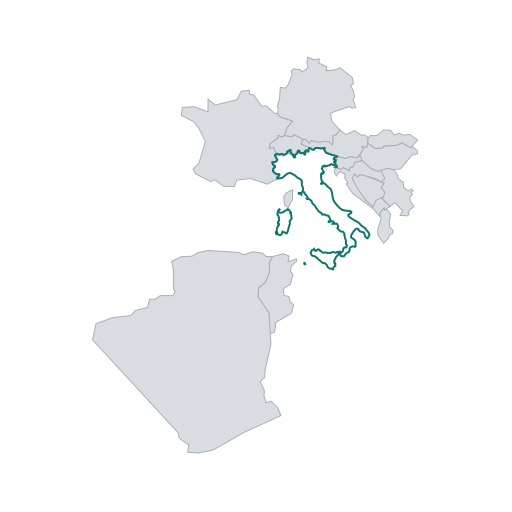 Italy and the surrounding countries, rotated 9°
{"feature_id": "ITA", "entity_name": "Italy", "entity_type": "country or territory", "adm_level": 0, "iso_a3": "ITA", "parent_name": "Europe", "parent_adm1": "", "projection": "natural_earth1", "projection_center": [11.757, 41.885], "detail": "fine", "context": "with_neighbors", "style": "outline", "palette": "teal", "viewbox_px": 512, "rotation_deg": 9, "n_neighbors": 14, "source": "natural_earth", "source_scale": "50m", "svg_char_len": 11652}
<svg xmlns="http://www.w3.org/2000/svg" viewBox="0 0 512 512"><g transform="rotate(9 256 256)"><path d="M254.6,112.0L258.6,114.9L271.2,117.0L266.6,124.6L265.4,132.6L262.9,134.5L258.9,133.5L259.1,136.3L252.5,142.6L252.3,147.7L256.5,146.0L259.5,150.9L259.1,154.1L261.6,158.3L258.4,161.8L260.6,170.6L265.4,172.0L264.3,176.9L256.0,183.3L238.3,180.3L225.1,184.0L223.8,190.8L213.3,192.3L203.3,187.1L199.9,189.6L183.6,184.4L180.2,180.0L185.2,173.2L188.1,150.6L179.6,138.8L173.5,133.1L160.3,128.8L160.0,120.7L171.5,118.3L186.0,121.1L184.1,108.5L192.0,113.3L212.7,104.6L215.7,95.5L223.4,93.3L224.5,97.2L228.5,97.4L238.2,107.1L242.7,106.2L252.1,112.2L254.6,112.0ZM275.9,189.0L281.8,184.7L283.2,194.5L280.2,203.3L276.1,201.0L274.1,193.3L275.9,189.0Z" fill="#d9dde1" stroke="#a8b0b8" stroke-width="1"/><path d="M281.6,330.7L277.7,310.0L264.2,295.7L263.5,287.0L269.4,280.5L271.7,271.0L270.3,260.1L272.2,254.1L282.4,249.5L288.8,250.9L288.5,256.7L296.4,252.5L297.1,254.7L292.4,260.3L292.3,265.6L295.5,268.5L294.3,278.5L288.1,284.3L289.9,290.6L294.7,290.8L297.1,296.3L300.6,298.1L300.1,306.9L286.1,318.4L286.2,328.1L281.6,330.7Z" fill="#d9dde1" stroke="#a8b0b8" stroke-width="1"/><path d="M107.7,364.4L108.6,347.7L124.3,339.2L141.8,334.3L145.7,328.5L156.9,323.9L157.7,315.4L163.2,314.4L167.6,310.1L180.0,308.2L181.9,303.7L179.5,301.2L176.5,282.0L173.3,274.6L182.5,268.3L192.6,266.3L198.6,261.6L207.7,258.1L238.8,255.1L243.5,256.8L252.3,252.3L262.2,252.2L265.9,254.8L272.2,254.1L270.3,260.1L271.7,271.0L269.4,280.5L263.5,287.0L264.2,295.7L277.7,310.0L284.6,340.9L282.8,367.3L283.6,374.6L279.8,379.4L285.4,387.8L285.7,392.8L289.1,399.2L293.7,397.1L301.3,402.5L305.5,409.7L272.3,431.7L244.0,454.3L230.2,459.5L219.3,460.6L219.3,453.3L208.8,448.1L206.6,442.7L107.7,364.4Z" fill="#d9dde1" stroke="#a8b0b8" stroke-width="1"/><path d="M348.7,121.7L348.4,131.5L343.5,131.6L345.2,134.0L340.8,143.1L333.1,143.4L328.6,145.9L308.6,142.2L306.6,138.3L297.9,140.2L296.9,142.3L283.0,138.4L284.1,133.7L286.8,133.0L291.2,136.2L292.5,133.2L300.2,133.7L306.5,131.7L310.8,132.0L313.5,134.3L314.3,132.4L313.0,125.1L316.2,123.7L319.2,118.5L325.8,122.1L333.7,116.7L340.5,120.1L344.6,119.5L348.7,121.7Z" fill="#d9dde1" stroke="#a8b0b8" stroke-width="1"/><path d="M393.7,123.6L398.7,126.7L399.5,129.7L394.2,132.0L385.3,147.2L378.3,149.4L372.7,148.9L362.7,153.5L355.3,151.4L345.7,145.1L343.9,141.3L342.5,141.2L345.2,134.0L343.5,131.6L348.4,131.5L349.0,127.0L356.8,131.0L364.2,129.7L364.8,127.4L377.5,124.7L382.3,121.4L391.9,124.8L393.7,123.6Z" fill="#d9dde1" stroke="#a8b0b8" stroke-width="1"/><path d="M323.2,64.7L325.3,70.3L322.9,73.2L326.1,77.1L328.3,82.9L327.6,86.7L331.3,93.8L327.4,94.9L325.1,93.7L307.3,103.1L309.8,111.1L319.2,118.5L316.2,123.7L313.0,125.1L314.3,132.4L313.5,134.3L310.8,132.0L306.5,131.7L300.2,133.7L292.5,133.2L291.2,136.2L286.8,133.0L284.1,133.7L274.7,130.2L272.9,132.7L265.4,132.6L266.6,124.6L271.2,117.0L258.6,114.9L254.6,112.0L255.2,107.1L253.5,104.6L254.7,97.1L253.6,85.6L258.8,85.6L261.0,81.4L263.4,71.4L261.9,67.7L263.6,65.4L270.7,64.8L272.3,67.2L278.1,61.8L276.2,57.8L275.9,51.6L282.3,53.1L287.7,51.4L287.8,55.6L296.3,58.1L296.2,62.0L304.8,59.9L309.6,57.0L323.2,64.7Z" fill="#d9dde1" stroke="#a8b0b8" stroke-width="1"/><path d="M387.5,209.4L387.5,212.4L384.6,214.1L384.1,217.8L380.0,223.4L373.0,216.2L372.1,210.8L373.8,199.4L371.5,194.0L375.2,188.4L375.9,190.5L378.3,189.5L382.5,193.7L382.2,201.7L383.7,206.6L387.5,209.4Z" fill="#d9dde1" stroke="#a8b0b8" stroke-width="1"/><path d="M345.7,145.1L355.3,151.4L362.7,153.5L366.0,151.8L371.2,159.4L367.9,163.7L363.8,161.2L349.9,159.5L345.8,159.7L343.9,162.1L340.6,159.5L338.8,164.2L356.5,184.5L364.6,188.8L363.7,190.7L341.5,179.0L333.8,170.7L335.6,169.8L331.4,165.1L331.2,161.3L325.5,159.5L322.8,164.4L320.1,160.6L320.6,156.5L326.8,156.8L328.4,154.9L335.0,157.0L334.9,153.8L338.0,152.7L338.7,148.1L345.7,145.1Z" fill="#d9dde1" stroke="#a8b0b8" stroke-width="1"/><path d="M284.1,133.7L283.0,138.4L291.5,140.7L290.8,145.4L286.9,147.3L280.3,145.9L278.4,150.4L274.1,150.8L272.6,149.0L267.6,152.8L263.3,153.3L259.5,150.9L256.5,146.0L252.3,147.7L252.5,142.6L259.1,136.3L258.9,133.5L262.9,134.5L265.4,132.6L272.9,132.7L274.7,130.2L284.1,133.7Z" fill="#d9dde1" stroke="#a8b0b8" stroke-width="1"/><path d="M321.3,145.1L328.6,145.9L333.1,143.4L340.8,143.1L342.5,141.2L343.9,141.3L345.7,145.1L338.7,148.1L338.0,152.7L334.9,153.8L335.0,157.0L328.4,154.9L326.8,156.8L320.6,156.5L322.6,155.4L320.4,150.6L321.3,145.1Z" fill="#d9dde1" stroke="#a8b0b8" stroke-width="1"/><path d="M397.5,116.2L391.9,124.8L382.3,121.4L377.5,124.7L364.8,127.4L364.2,129.7L356.8,131.0L349.0,127.0L348.0,123.1L349.9,119.2L356.7,118.2L362.4,111.6L369.0,110.8L373.6,114.7L378.6,112.4L382.8,113.5L389.0,111.9L397.5,116.2Z" fill="#d9dde1" stroke="#a8b0b8" stroke-width="1"/><path d="M364.6,188.8L356.5,184.5L345.3,173.0L338.8,164.2L340.6,159.5L343.9,162.1L345.8,159.7L349.9,159.5L371.2,163.7L369.1,168.6L373.5,173.0L372.4,178.4L365.8,182.5L364.6,188.8Z" fill="#d9dde1" stroke="#a8b0b8" stroke-width="1"/><path d="M366.0,151.8L372.7,148.9L378.3,149.4L383.3,153.8L384.4,157.4L389.9,160.1L390.8,164.7L396.2,168.0L398.9,165.5L401.1,166.9L399.1,168.8L400.9,170.8L398.8,173.4L399.7,177.5L404.3,182.4L401.0,186.0L399.7,189.6L400.7,190.9L399.3,192.6L392.0,193.4L393.6,188.4L384.7,181.7L379.9,186.9L380.6,186.0L370.3,178.9L372.4,178.4L373.5,173.0L369.1,168.6L371.2,163.7L367.9,163.7L371.2,159.4L366.0,151.8Z" fill="#d9dde1" stroke="#a8b0b8" stroke-width="1"/><path d="M380.6,186.0L375.9,190.5L375.2,188.4L371.5,194.0L372.2,197.6L363.7,190.7L365.8,182.5L370.3,178.9L380.6,186.0Z" fill="#d9dde1" stroke="#a8b0b8" stroke-width="1"/><path d="M261.1,151.7L262.0,152.2L263.8,151.8L265.7,151.1L267.9,151.7L269.7,150.6L269.9,150.2L270.9,149.0L270.9,148.7L270.5,147.9L271.9,147.0L272.5,146.3L273.1,145.8L273.6,145.8L273.8,146.3L273.7,147.6L273.9,148.0L275.5,149.6L277.0,149.9L277.1,150.1L276.7,150.9L277.6,151.7L277.8,152.4L278.2,152.7L278.8,152.6L279.1,152.2L278.6,151.0L278.7,150.6L278.9,150.2L280.5,148.3L280.9,147.6L281.0,145.5L281.4,145.2L282.5,145.4L283.0,146.9L283.4,147.4L284.4,147.5L286.5,146.7L287.0,146.7L287.9,148.1L288.3,148.2L288.7,148.1L288.8,148.0L288.5,146.7L288.3,146.1L288.0,145.8L287.9,145.4L288.4,144.1L289.3,143.8L290.0,144.4L290.8,144.6L291.4,144.6L291.5,144.2L291.5,143.8L291.1,143.3L291.2,142.5L291.6,141.1L293.7,141.3L294.3,141.9L294.9,142.1L296.4,142.1L296.7,141.8L297.0,141.1L297.6,140.3L298.6,139.8L301.1,139.6L303.3,139.7L306.8,138.6L307.0,138.7L307.1,138.9L306.4,139.7L306.7,140.3L307.7,141.4L308.7,142.9L309.5,143.2L315.7,144.4L318.5,144.6L320.4,144.9L320.2,145.6L319.2,146.1L317.7,147.2L317.5,147.9L317.7,148.3L317.9,148.4L318.2,148.3L318.5,148.4L319.8,148.8L319.8,149.0L319.7,149.3L318.5,150.4L318.5,151.0L319.5,151.0L319.3,152.7L319.4,152.9L320.1,153.2L320.6,153.5L321.6,154.4L322.0,155.2L321.7,155.4L321.1,155.5L320.6,155.5L321.2,155.0L319.8,153.4L319.2,153.4L318.3,154.1L316.0,153.4L315.6,153.7L315.3,154.2L314.5,154.9L313.3,155.2L312.1,156.0L309.7,156.9L309.2,156.8L310.1,156.0L309.7,155.9L308.5,156.5L307.8,157.1L307.3,159.4L307.9,159.8L308.8,161.7L310.0,162.5L309.5,163.9L308.8,164.4L308.2,164.0L307.8,164.0L307.5,165.3L308.1,168.6L308.9,170.9L309.7,171.9L311.5,173.5L313.5,174.3L317.0,177.0L318.9,177.9L319.4,178.3L320.6,180.4L321.6,182.8L322.7,186.5L323.5,188.3L325.1,190.4L328.3,193.4L331.3,195.6L334.1,197.0L336.2,197.2L341.3,196.9L342.2,197.0L343.1,197.4L343.4,198.3L343.0,199.0L342.0,199.6L340.9,200.5L340.8,201.8L341.8,202.7L346.8,205.0L351.8,206.9L353.4,207.9L355.2,209.5L359.7,211.6L360.4,212.6L363.1,214.8L364.4,216.5L364.7,217.9L364.1,219.2L363.9,220.2L363.4,221.1L362.3,220.8L361.0,219.8L358.9,215.9L355.4,215.5L354.6,215.2L353.4,214.5L353.3,214.1L353.0,213.5L352.6,213.3L351.3,213.2L350.3,213.8L349.3,215.3L348.0,217.5L346.8,220.7L346.8,222.0L347.5,223.2L349.6,223.9L351.2,225.0L352.3,226.2L352.4,229.0L352.9,230.6L352.2,231.5L350.9,231.2L349.1,231.8L347.8,232.8L347.3,233.8L347.5,236.4L347.2,237.3L344.8,239.2L343.6,241.0L342.8,242.7L339.8,242.7L339.0,241.6L339.0,240.0L339.5,239.0L340.6,238.5L341.3,236.5L341.1,235.0L341.5,234.3L341.9,233.8L344.0,233.3L344.1,231.2L343.1,230.3L342.3,226.5L340.7,223.4L339.8,220.6L339.1,219.2L338.1,218.5L336.4,218.5L335.5,218.3L332.3,216.3L332.1,216.0L332.1,215.5L332.6,214.8L332.3,213.7L331.9,212.7L331.3,211.9L330.6,211.4L328.7,211.9L327.8,211.8L327.1,212.2L326.7,212.2L327.8,210.7L327.5,210.4L326.4,209.8L324.5,209.6L324.3,210.0L324.0,209.8L324.0,209.1L322.3,206.1L321.1,204.9L320.5,204.7L319.5,205.0L317.7,204.4L316.7,204.3L315.3,204.8L314.8,204.6L314.7,204.2L313.1,203.0L311.1,202.3L307.2,198.3L306.0,196.9L303.6,195.3L302.1,192.9L300.8,192.1L299.0,191.4L297.6,191.8L297.2,191.5L298.0,191.0L297.8,190.1L295.7,187.8L294.5,187.0L293.7,185.5L293.1,185.3L292.6,185.3L291.9,185.2L292.1,183.2L292.0,182.5L291.4,180.6L290.2,179.0L289.6,175.1L289.1,174.0L287.8,173.2L285.0,172.3L281.0,169.8L280.2,169.8L277.8,168.8L276.4,168.7L274.4,169.5L272.1,171.9L270.1,174.4L269.4,174.8L267.0,175.7L264.8,176.1L264.7,175.0L266.3,173.1L266.5,172.5L266.2,171.6L265.9,171.5L263.8,172.0L263.3,171.9L260.2,170.3L259.6,169.6L259.4,169.0L259.6,168.6L259.1,167.7L260.2,165.8L260.7,165.6L260.9,165.3L260.6,164.1L260.1,163.7L258.9,163.4L258.3,163.0L258.2,162.4L257.9,161.9L257.4,161.3L257.4,160.8L257.9,160.5L259.3,160.6L260.5,159.7L261.4,159.4L261.8,158.2L262.0,157.8L262.1,157.6L260.9,156.5L260.5,155.5L259.8,154.5L259.1,154.1L259.0,153.7L259.0,153.3L259.1,152.9L260.3,152.3L261.1,151.7ZM309.7,174.6L309.9,174.0L309.8,173.6L309.3,173.6L308.9,174.2L309.2,174.6L309.7,174.6ZM338.3,239.5L337.4,241.3L335.2,244.5L334.6,246.7L334.0,248.3L334.2,249.7L335.3,250.7L334.8,251.1L335.8,252.4L335.9,252.9L335.9,253.4L334.9,254.3L334.5,254.8L334.3,255.4L334.2,256.0L334.3,256.6L334.3,257.1L333.2,257.1L332.2,256.7L331.1,256.9L328.6,255.8L327.3,253.8L326.3,253.0L325.2,252.3L323.0,252.4L322.1,252.0L320.1,250.6L318.0,249.5L316.2,248.0L315.0,247.7L313.9,247.0L311.9,247.0L311.3,246.7L310.3,245.8L309.4,244.1L310.4,241.4L311.5,240.8L312.2,239.9L313.2,241.3L313.7,241.6L314.2,241.6L315.1,241.1L315.1,240.5L316.1,239.8L317.3,239.8L317.8,240.0L318.1,240.6L319.1,240.8L320.9,242.0L321.9,242.2L323.2,241.8L324.3,241.6L326.5,241.8L327.7,241.5L328.5,241.5L329.7,241.1L330.6,240.3L331.1,240.1L332.9,240.1L334.1,240.3L334.7,240.1L335.1,239.6L335.6,239.4L336.2,239.5L337.6,238.7L338.3,238.6L338.9,239.0L338.3,239.5ZM283.8,209.0L284.2,209.7L285.2,212.7L285.3,213.4L284.9,214.5L283.8,216.0L284.0,217.3L284.3,218.0L284.4,218.9L284.2,219.9L283.5,226.5L283.0,228.6L282.3,228.9L280.3,228.1L279.2,228.3L278.4,227.8L278.0,230.0L277.5,231.0L276.7,231.5L276.0,231.6L275.2,231.4L274.6,231.4L274.1,231.0L272.5,228.2L272.4,225.0L272.8,224.1L273.0,223.1L272.9,222.3L273.1,222.0L273.4,222.3L273.7,222.2L273.8,220.9L273.3,220.3L272.5,220.0L272.4,219.3L272.5,218.6L273.0,218.2L273.1,217.6L273.1,215.7L272.6,215.0L272.4,214.0L272.1,213.3L270.6,211.6L270.6,210.3L271.0,208.6L271.7,209.3L272.2,209.4L273.2,209.5L274.1,209.3L276.4,208.2L278.0,206.4L279.0,206.0L279.5,205.5L279.7,204.9L280.1,204.7L280.6,205.3L281.3,205.4L282.2,205.9L283.0,207.0L283.6,207.4L283.7,207.6L283.4,207.7L283.1,208.4L283.8,209.0ZM290.9,186.4L291.2,186.9L291.2,187.1L291.0,187.4L291.1,188.1L290.3,187.5L289.2,187.8L288.5,187.8L288.3,187.3L288.4,187.0L289.5,186.9L289.9,186.8L290.5,186.8L290.9,186.4ZM273.0,229.8L272.5,230.9L272.0,230.1L271.9,229.4L272.0,229.2L273.0,229.8ZM271.9,206.9L271.2,207.7L270.8,207.7L271.4,206.5L271.9,206.2L272.1,206.5L271.9,206.9ZM305.9,256.3L305.4,256.5L304.8,256.1L304.8,255.5L304.9,255.3L305.6,255.6L305.9,256.3ZM323.2,210.9L322.6,211.1L322.4,211.0L322.3,210.8L322.4,210.4L323.2,210.6L323.2,210.9Z" fill="none" stroke="#0f766e" stroke-width="2"/></g></svg>